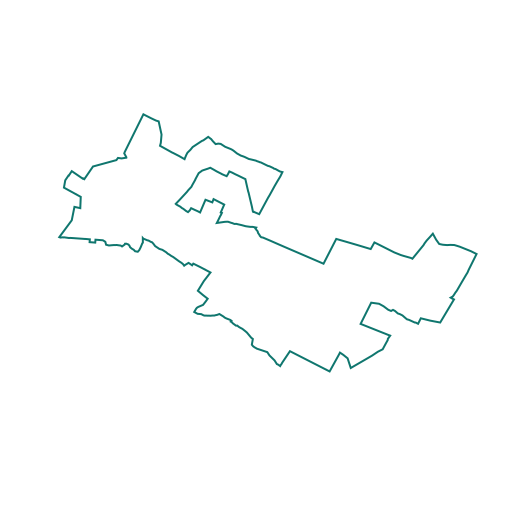 Tekal de Venegas, Yucatán, Mexico, rotated 21°
{"feature_id": "50627088B65871153010469", "entity_name": "Tekal de Venegas", "entity_type": "district", "adm_level": 2, "iso_a3": "MEX", "parent_name": "Mexico", "parent_adm1": "Yucatán", "projection": "orthographic", "projection_center": [-88.868, 21.02], "detail": "fine", "context": "isolated", "style": "outline", "palette": "teal", "viewbox_px": 512, "rotation_deg": 21, "n_neighbors": 0, "source": "geoboundaries", "source_scale": "gbopen_adm2", "svg_char_len": 4782}
<svg xmlns="http://www.w3.org/2000/svg" viewBox="0 0 512 512"><g transform="rotate(21 256 256)"><path d="M318.0,350.1L318.1,349.1L318.5,347.7L318.7,346.2L321.8,332.7L366.1,337.4L368.8,318.1L369.0,316.1L372.9,317.0L378.2,318.7L384.6,326.6L400.0,307.5L404.1,301.7L407.7,297.7L408.6,290.8L409.1,287.2L408.8,286.1L409.8,282.3L378.0,281.9L380.3,258.3L388.0,256.5L393.1,257.2L396.6,258.2L398.7,258.8L401.8,258.9L403.2,257.2L405.5,257.5L409.0,258.8L411.1,258.7L414.0,259.0L418.4,260.6L419.7,261.0L421.6,260.8L428.1,261.2L428.9,260.9L431.6,261.2L432.2,255.1L441.8,253.9L451.8,252.1L456.4,225.6L454.3,225.4L452.7,225.1L454.2,223.3L454.7,221.5L455.1,219.5L455.3,218.5L455.7,217.3L456.0,216.0L457.5,206.6L458.8,198.8L459.4,195.6L459.5,192.7L459.9,188.6L461.2,175.1L455.0,174.5L442.9,174.3L439.7,174.5L437.2,174.7L433.4,176.0L430.6,177.3L426.5,178.5L424.8,178.8L424.1,178.9L422.7,179.1L418.3,176.2L413.1,171.8L411.7,175.6L409.8,180.4L408.8,183.9L408.5,185.8L403.0,202.5L401.5,202.3L393.9,203.0L390.8,203.2L383.8,203.1L366.0,201.3L361.7,200.9L360.6,208.4L356.8,208.7L347.3,209.4L335.2,210.4L329.5,210.9L324.8,211.3L321.8,239.0L299.4,238.1L279.3,237.3L270.2,236.9L264.1,236.6L255.8,236.3L255.0,236.5L254.0,236.6L252.6,235.9L252.4,235.8L252.4,235.7L252.2,235.5L249.5,233.6L248.9,232.6L248.1,232.0L247.0,231.5L246.1,230.7L245.7,230.6L246.0,229.4L242.5,230.0L240.4,230.8L236.6,231.7L236.0,231.8L235.7,231.9L231.7,232.3L228.8,232.7L227.5,232.9L226.3,233.0L224.3,233.8L221.9,233.8L221.2,233.9L218.5,234.0L217.9,234.0L217.1,234.2L214.6,235.3L210.5,237.6L207.6,239.2L207.8,237.3L208.1,233.9L208.3,231.4L208.5,230.6L208.7,228.0L207.5,228.0L207.9,219.4L196.0,218.1L196.0,221.6L188.7,221.6L188.5,227.1L188.2,235.4L185.7,235.1L182.2,234.9L179.6,234.7L178.3,234.6L177.8,237.2L176.8,239.4L174.5,239.0L171.2,238.0L169.7,237.8L167.7,237.1L166.2,236.9L164.1,236.6L163.6,236.5L163.1,236.4L162.4,236.1L164.7,230.6L168.6,220.8L169.2,218.8L170.9,214.6L171.1,212.5L171.6,209.2L172.0,206.4L171.9,206.2L172.8,199.2L174.3,196.9L175.1,195.6L176.5,194.4L179.8,191.7L181.7,190.0L185.9,190.6L188.9,191.1L194.6,191.7L194.8,191.8L200.0,192.0L200.5,189.5L200.8,186.6L203.7,186.7L207.3,187.1L210.2,187.3L216.9,187.9L218.5,188.0L222.5,194.0L225.8,198.9L226.1,199.1L234.5,211.4L237.1,215.5L237.7,215.9L238.3,215.5L238.6,215.6L244.0,215.8L245.5,204.1L246.4,197.2L246.9,194.4L247.7,188.6L248.3,184.1L249.2,178.5L250.2,173.0L250.6,168.2L248.2,168.5L247.2,168.4L243.0,167.8L242.3,167.9L241.5,168.0L240.6,167.7L236.5,167.4L234.7,167.6L231.3,167.3L227.0,166.9L225.7,167.1L225.0,167.0L222.9,167.1L221.7,167.0L216.3,167.7L214.6,168.0L209.8,167.6L209.0,167.6L208.1,167.6L205.7,167.7L205.4,167.7L205.2,167.6L201.6,167.1L197.5,165.8L196.3,165.5L196.2,165.5L195.8,165.4L194.1,165.2L188.1,165.1L182.9,164.0L180.5,164.6L178.2,166.0L174.6,164.3L172.2,162.9L171.7,162.8L168.7,161.9L165.4,166.9L164.3,167.9L157.8,177.0L156.7,180.4L155.0,184.1L154.7,186.5L154.6,189.7L154.6,191.2L148.1,190.2L141.6,189.5L141.4,189.5L140.9,189.5L126.9,187.5L126.6,184.5L124.3,176.5L116.9,165.2L114.2,165.4L108.9,165.0L105.0,164.6L100.1,164.1L96.2,205.8L96.2,207.4L99.6,210.3L99.7,210.7L99.5,210.8L95.5,213.1L92.0,213.9L91.3,216.5L71.7,230.9L71.6,231.5L68.7,243.6L68.5,244.3L68.2,245.8L66.8,245.5L66.7,245.9L65.3,245.6L64.1,245.3L53.6,242.8L52.4,248.1L52.1,248.1L50.8,253.7L52.2,261.0L71.2,263.6L74.8,274.3L68.9,275.2L71.2,288.7L65.6,308.9L66.8,308.9L69.1,307.7L69.8,307.6L70.3,307.3L75.1,306.2L75.8,305.8L78.6,304.9L88.5,301.9L90.2,301.4L90.3,301.3L94.9,300.0L95.7,302.7L101.1,301.1L100.3,298.3L107.4,296.2L110.2,296.7L112.0,299.2L114.9,298.9L119.2,296.8L122.2,295.6L124.5,295.1L125.6,294.8L126.3,294.8L127.5,295.1L129.3,292.4L129.3,291.5L130.4,291.0L132.8,291.0L133.3,291.3L134.0,291.6L135.3,292.9L136.1,293.2L137.6,293.7L139.6,294.0L141.4,294.9L144.1,294.4L144.9,292.3L145.2,289.4L145.3,284.9L145.6,284.1L143.9,279.8L144.7,280.2L146.4,280.2L148.8,280.3L150.2,280.1L152.8,280.5L153.9,280.4L155.6,281.2L158.3,282.9L163.2,284.0L166.4,283.8L170.8,284.7L172.9,285.5L174.5,285.7L176.8,286.3L179.0,286.6L186.0,288.5L188.9,289.1L190.9,289.8L192.4,290.8L193.0,289.8L195.5,286.6L197.8,287.1L199.7,287.6L200.2,285.6L207.7,286.3L219.4,287.7L216.3,298.1L214.2,309.3L220.3,311.4L226.2,313.2L225.4,316.3L224.1,320.6L220.3,324.3L219.4,325.5L219.0,326.7L218.4,330.4L222.2,330.9L225.7,329.9L228.2,330.2L229.2,330.1L235.1,328.0L236.9,327.1L238.3,326.6L239.4,325.8L240.8,324.9L242.6,323.3L247.4,324.2L248.8,324.7L250.6,324.9L254.9,324.9L256.3,325.3L256.0,326.3L257.1,326.4L258.3,327.1L262.3,328.2L263.5,327.7L265.2,328.3L266.9,328.6L269.4,328.9L272.9,330.0L274.9,330.7L280.8,334.0L282.8,334.6L283.9,340.3L285.6,341.3L287.5,341.8L288.5,341.9L289.8,342.2L301.0,341.7L304.2,344.0L310.7,346.8L314.2,349.4L315.8,349.5L318.0,350.1Z" fill="none" stroke="#0f766e" stroke-width="2"/></g></svg>